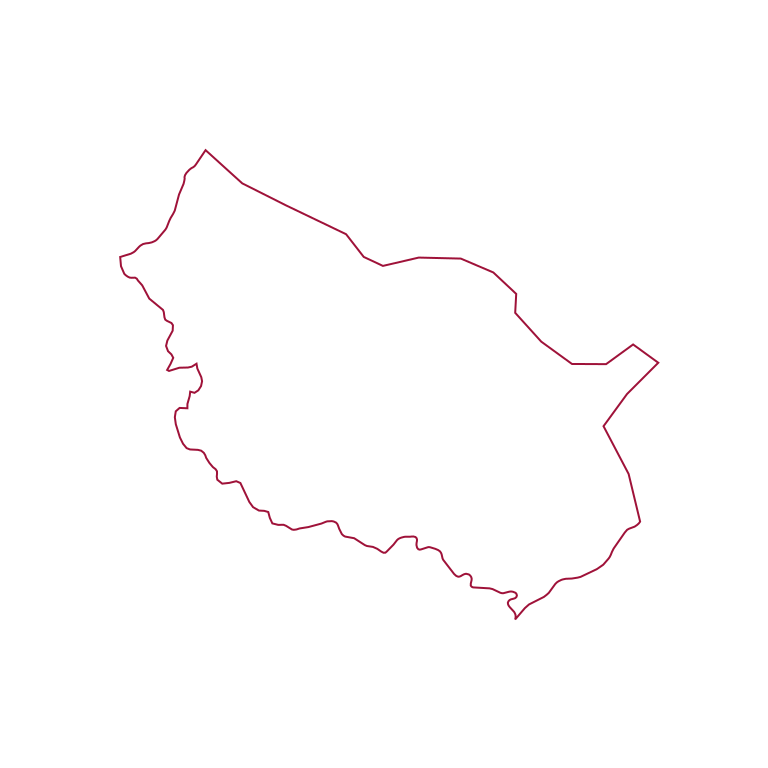 map outline of Vakinankaratra (Robinson projection), rotated 36°
{"feature_id": "MDG-5881", "entity_name": "Vakinankaratra", "entity_type": "Autonomous Province", "adm_level": 1, "iso_a3": "MDG", "parent_name": "Madagascar", "parent_adm1": "", "projection": "robinson", "projection_center": [46.868, -19.718], "detail": "fine", "context": "isolated", "style": "outline", "palette": "rose", "viewbox_px": 768, "rotation_deg": 36, "n_neighbors": 0, "source": "natural_earth", "source_scale": "10m", "svg_char_len": 3223}
<svg xmlns="http://www.w3.org/2000/svg" viewBox="0 0 768 768"><g transform="rotate(36 384 384)"><path d="M95.9,436.3L102.6,427.4L104.0,424.5L104.5,422.8L105.2,417.0L105.6,415.2L106.8,412.4L108.7,410.2L110.9,408.2L112.9,405.9L114.5,403.2L115.1,401.7L115.5,399.9L116.4,387.6L116.2,385.2L114.4,378.3L113.8,375.1L113.4,370.3L112.8,366.7L106.8,351.2L104.2,339.9L103.0,337.0L102.0,335.0L101.0,333.9L100.3,332.0L100.1,329.4L100.6,325.1L101.3,322.6L102.2,320.8L102.7,319.1L102.8,317.1L102.2,299.7L151.4,305.0L199.7,297.1L265.3,285.1L292.9,293.1L313.7,289.1L337.8,261.3L372.4,237.4L406.9,229.5L438.0,233.4L448.3,249.3L486.3,257.3L524.3,257.3L552.0,237.4L562.3,205.6L593.4,205.6L586.5,249.3L586.4,289.1L634.8,313.0L672.1,344.8L672.1,346.9L671.6,349.3L670.6,352.1L667.4,356.9L666.4,359.0L666.1,362.7L666.5,382.1L667.1,385.8L667.9,388.9L668.3,391.4L668.3,393.3L667.6,401.3L665.0,408.7L656.4,424.5L654.5,426.8L650.3,431.0L645.6,434.7L643.6,436.9L642.7,438.1L641.2,440.9L640.5,442.7L640.1,445.1L640.1,456.1L639.5,458.9L638.5,462.3L630.9,477.1L629.7,482.5L628.5,497.4L627.7,495.5L627.0,494.5L626.0,493.4L624.7,492.6L623.3,491.9L616.9,490.6L615.0,490.0L613.6,489.1L612.7,488.0L612.4,486.5L612.6,485.0L613.3,483.6L615.2,481.3L616.0,480.1L616.3,478.6L615.9,477.1L614.8,476.1L613.2,475.6L610.4,476.3L608.7,477.2L607.4,478.4L603.6,483.0L602.4,483.9L600.9,484.5L592.4,486.1L589.5,487.3L575.6,496.2L574.1,496.5L572.7,496.1L571.5,494.4L570.1,491.1L569.2,489.8L568.0,488.9L566.4,488.3L564.6,488.2L561.9,489.3L560.7,490.7L559.8,492.4L559.2,493.9L558.4,495.3L557.3,496.3L555.3,496.8L552.4,496.5L535.4,491.5L534.0,490.8L530.7,487.9L529.4,487.1L527.7,486.5L525.5,486.5L522.4,487.2L517.2,489.0L516.1,489.6L515.4,490.3L511.3,495.9L510.3,497.0L508.9,497.5L507.0,497.0L504.9,495.2L503.8,493.5L503.0,491.8L502.2,490.5L501.0,489.6L499.4,489.3L497.4,490.1L496.1,491.1L494.9,492.2L491.3,494.8L490.2,495.8L488.3,498.1L487.4,499.5L486.7,500.9L486.3,502.6L486.1,508.4L484.7,517.9L484.3,519.6L482.8,520.8L480.3,521.2L475.5,521.3L470.8,522.3L465.4,525.1L463.2,525.6L450.5,526.3L442.2,530.3L440.3,530.5L438.1,530.2L432.9,527.5L429.8,525.4L428.5,524.7L426.7,524.3L424.1,524.8L422.4,525.6L418.8,528.5L417.9,529.7L415.4,533.7L406.9,544.2L400.6,550.5L398.8,553.0L397.8,554.0L396.7,555.0L395.1,555.8L388.2,556.3L385.6,556.9L381.1,560.2L375.6,562.4L370.3,559.4L365.6,555.6L361.7,557.0L357.2,559.9L350.5,560.6L344.4,558.6L326.0,548.5L321.6,549.5L317.0,554.9L311.7,559.7L305.4,559.4L303.2,557.3L301.7,554.8L300.2,552.8L297.8,551.9L294.4,551.8L289.2,550.5L283.6,548.3L281.3,546.7L278.7,545.6L275.3,545.4L272.1,546.7L265.5,551.0L262.0,551.9L256.6,550.5L250.3,547.2L239.2,538.9L234.3,533.8L231.6,528.5L232.7,523.5L239.2,519.2L236.7,515.7L233.9,508.0L231.7,504.1L235.9,502.5L237.5,498.3L237.2,493.2L235.2,488.7L232.2,485.9L223.9,481.2L220.4,477.8L218.3,483.0L215.7,485.9L208.9,491.1L202.4,499.8L200.3,500.1L199.5,493.2L198.1,486.7L194.6,485.0L190.0,484.4L185.3,481.3L183.2,476.2L181.7,465.1L178.7,460.5L176.2,459.6L171.2,460.5L169.2,460.5L167.2,459.1L163.6,455.3L161.7,454.0L143.9,452.9L130.4,446.3L124.1,444.9L122.1,444.1L120.1,444.3L117.4,446.4L115.7,447.4L113.4,447.8L111.0,447.8L109.1,447.5L102.0,443.3L95.9,436.3Z" fill="none" stroke="#9f1239" stroke-width="2"/></g></svg>